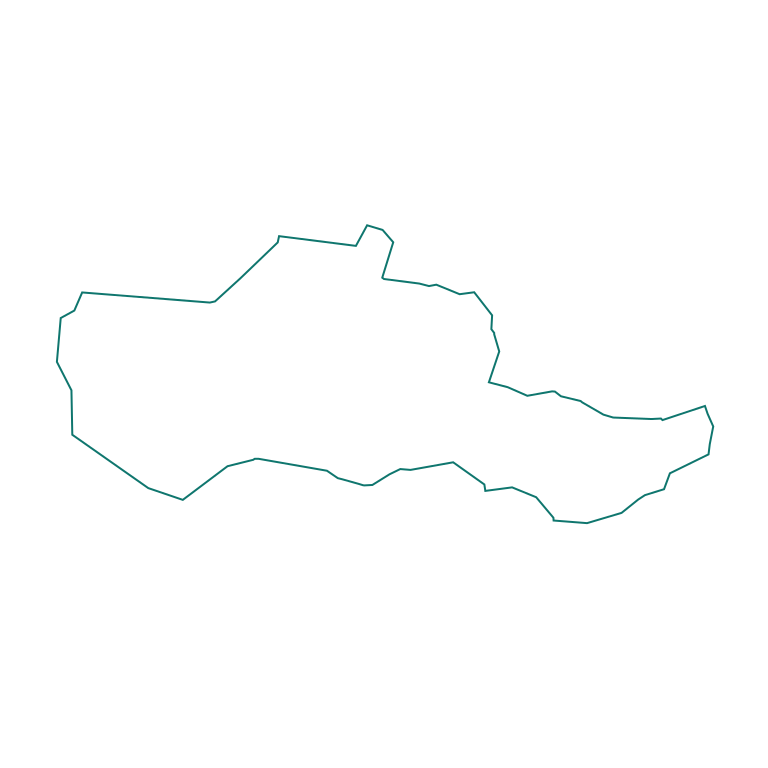 Okobo, Akwa Ibom, Nigeria, rotated 264°
{"feature_id": "59680162B18997887117478", "entity_name": "Okobo", "entity_type": "district", "adm_level": 2, "iso_a3": "NGA", "parent_name": "Nigeria", "parent_adm1": "Akwa Ibom", "projection": "robinson", "projection_center": [8.124, 4.821], "detail": "fine", "context": "isolated", "style": "outline", "palette": "teal", "viewbox_px": 768, "rotation_deg": 264, "n_neighbors": 0, "source": "geoboundaries", "source_scale": "gbopen_adm2", "svg_char_len": 1095}
<svg xmlns="http://www.w3.org/2000/svg" viewBox="0 0 768 768"><g transform="rotate(264 384 384)"><path d="M506.6,93.4L489.4,83.7L483.4,69.4L440.2,61.0L410.4,72.5L366.1,68.7L305.1,138.7L289.8,171.8L318.6,219.8L322.3,246.1L323.1,247.5L322.7,251.5L303.7,318.2L295.2,328.2L293.5,332.8L287.3,348.4L285.5,352.6L285.2,354.0L284.8,361.9L293.6,380.0L297.7,391.3L295.8,401.4L298.9,444.6L273.6,473.3L267.1,473.6L267.8,500.6L255.5,523.5L233.3,538.5L230.5,538.4L224.4,571.4L231.0,606.8L242.5,624.7L246.2,631.9L250.1,651.5L265.3,659.0L280.1,699.4L290.1,701.7L305.8,706.5L307.3,707.0L320.6,702.7L328.6,700.9L319.0,657.2L320.7,655.8L321.2,646.4L326.7,608.4L330.6,599.0L345.1,579.1L346.5,577.8L353.3,558.7L358.6,553.2L359.1,550.4L357.3,525.3L367.9,506.7L374.7,488.5L404.3,502.0L421.8,498.8L423.3,498.9L427.3,496.5L441.0,498.7L465.8,483.3L465.4,468.6L477.3,446.4L476.7,439.0L480.2,429.6L488.4,395.0L489.9,393.4L490.2,393.5L524.0,408.0L537.1,398.9L537.4,398.6L543.6,383.8L524.3,370.5L542.0,295.1L535.9,293.1L504.2,252.3L483.8,224.6L483.2,219.3L506.6,93.4Z" fill="none" stroke="#0f766e" stroke-width="2"/></g></svg>